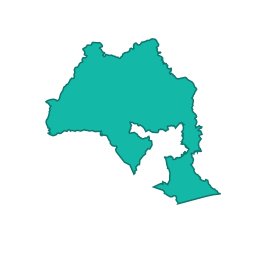 Bao Lam, Lâm Đồng, Vietnam (Mercator projection), rotated 341°
{"feature_id": "81297802B89982379831919", "entity_name": "Bao Lam", "entity_type": "district", "adm_level": 2, "iso_a3": "VNM", "parent_name": "Vietnam", "parent_adm1": "Lâm Đồng", "projection": "mercator", "projection_center": [107.768, 11.64], "detail": "fine", "context": "isolated", "style": "filled", "palette": "teal", "viewbox_px": 256, "rotation_deg": 341, "n_neighbors": 0, "source": "geoboundaries", "source_scale": "gbopen_adm2", "svg_char_len": 5929}
<svg xmlns="http://www.w3.org/2000/svg" viewBox="0 0 256 256"><g transform="rotate(341 128 128)"><path d="M128.9,38.0L127.3,37.7L122.6,35.6L121.5,36.1L120.3,37.7L116.5,36.4L114.6,37.9L111.3,38.4L110.9,39.1L111.6,40.3L111.9,42.3L110.6,44.5L112.6,46.3L111.5,47.6L110.3,47.8L108.7,47.0L107.9,47.2L106.7,48.7L106.9,50.4L106.6,50.9L105.1,50.7L103.2,51.3L100.4,54.1L98.5,53.7L97.3,54.1L96.1,55.6L96.0,58.0L94.1,60.3L94.2,61.4L93.6,62.9L92.2,63.3L90.9,62.6L90.4,63.1L89.5,63.1L87.8,65.0L85.1,67.1L83.9,66.9L82.8,67.9L80.6,68.6L78.6,71.4L75.4,73.9L72.3,78.5L71.0,79.1L69.6,79.2L69.2,78.2L67.3,76.7L64.5,76.0L61.0,75.9L59.0,76.4L59.2,77.3L60.7,78.6L61.6,81.9L62.2,82.2L60.1,84.1L60.1,85.9L58.9,86.8L58.5,88.3L57.3,90.1L54.8,93.4L54.1,93.4L53.2,94.4L52.5,95.8L52.2,98.4L52.6,99.7L52.4,101.9L53.8,102.7L53.4,103.4L53.7,104.1L52.2,104.3L52.8,106.1L52.1,107.0L52.8,107.6L52.3,107.8L50.4,106.4L51.8,108.5L54.7,110.9L57.6,111.0L60.2,109.9L61.7,111.0L62.8,111.2L66.8,109.8L69.4,111.3L70.5,110.5L71.6,110.3L72.3,111.0L72.6,112.2L73.3,111.9L75.1,112.5L77.1,113.9L78.0,113.5L79.8,113.9L82.3,115.5L86.5,115.4L86.8,116.2L88.9,117.1L90.3,118.2L93.4,118.8L95.5,120.6L101.8,122.4L101.5,122.9L100.7,123.0L100.2,124.1L100.5,124.7L99.9,124.9L99.8,125.7L100.3,126.0L100.9,125.8L100.4,126.5L100.7,126.7L102.8,126.7L105.6,128.4L106.2,133.4L106.9,134.7L106.3,136.6L106.9,138.7L108.0,140.1L111.1,141.4L111.2,142.8L109.4,144.1L109.2,146.5L113.5,159.1L117.8,163.6L118.6,173.6L120.0,172.8L120.3,171.1L122.4,170.5L122.6,167.6L125.2,166.1L126.9,166.3L128.7,162.2L133.3,159.2L136.0,158.3L136.9,156.1L140.1,154.0L141.3,154.8L142.1,154.8L145.2,151.9L146.1,147.9L143.8,146.4L145.0,144.3L145.0,142.7L144.1,142.8L142.9,143.5L141.0,143.1L138.5,143.2L137.8,142.7L137.6,142.1L136.7,141.6L135.5,139.5L134.9,139.1L134.7,137.1L132.4,134.2L127.7,133.5L127.8,132.1L128.5,131.7L128.6,131.0L129.3,130.7L129.5,129.9L130.4,129.6L130.4,128.7L132.2,126.5L131.7,125.0L131.8,123.2L134.4,124.5L135.3,125.9L138.2,127.0L138.5,127.7L138.2,128.6L138.6,129.3L140.9,129.5L142.5,131.8L143.3,133.8L143.7,137.2L146.8,136.5L148.0,137.3L148.0,138.1L149.8,140.0L154.0,141.8L155.4,141.6L156.5,139.7L158.1,140.0L158.6,139.7L159.4,140.4L160.6,140.7L162.6,143.3L164.0,142.7L165.6,142.6L165.8,139.3L166.4,139.3L168.6,139.9L169.8,139.6L170.5,140.6L172.0,140.6L172.1,141.4L172.9,142.5L172.9,143.5L177.9,140.5L178.5,140.8L179.2,140.1L180.3,140.3L181.2,141.3L180.5,141.7L180.5,142.2L181.9,143.0L180.8,143.5L180.6,145.6L179.6,147.8L177.5,149.1L178.4,150.7L177.5,151.4L178.2,151.9L176.6,152.9L177.5,153.5L176.9,154.1L177.1,155.3L176.7,156.1L175.1,157.3L175.0,158.8L174.1,158.6L174.4,159.2L174.0,159.8L174.7,160.4L173.5,160.1L173.1,160.4L174.0,161.1L175.4,161.3L176.4,162.2L176.3,163.5L177.4,164.1L177.1,164.6L176.3,164.3L176.3,164.8L177.4,165.3L177.3,166.3L178.4,166.6L178.7,167.8L175.2,170.9L174.3,170.7L174.5,169.3L174.0,168.9L172.4,169.9L173.0,171.2L172.2,171.2L170.6,172.1L170.5,170.8L170.0,170.6L169.7,170.9L169.7,172.1L168.8,172.8L167.6,173.0L166.8,172.6L166.4,173.0L164.9,171.9L163.6,172.0L163.0,173.0L162.7,172.6L161.4,172.8L160.3,172.4L160.7,170.8L159.4,168.6L158.9,168.5L158.6,169.0L157.9,168.3L157.2,168.3L155.6,168.7L153.4,167.4L153.1,167.5L153.7,170.2L152.8,175.5L152.8,178.1L152.3,179.1L153.3,180.0L152.9,185.0L152.0,186.4L150.3,191.2L148.6,192.6L148.4,193.2L147.4,193.5L147.1,194.4L145.9,193.3L145.3,191.8L144.1,191.2L143.5,190.1L142.9,190.9L142.6,192.4L141.9,191.6L140.4,191.3L132.9,192.1L141.0,198.4L141.7,200.3L141.1,201.8L142.1,202.3L143.3,204.3L145.7,206.9L147.9,207.4L148.8,206.7L151.1,207.8L151.1,210.6L150.0,211.5L151.1,215.5L150.6,215.9L178.8,217.9L186.3,218.7L194.2,220.4L192.0,218.8L191.8,216.9L190.2,214.9L190.2,214.1L188.7,213.2L187.3,211.1L187.0,209.2L186.0,207.3L186.3,203.5L184.8,202.1L184.0,203.0L182.8,203.1L181.0,201.7L179.8,200.2L179.6,199.3L180.3,198.9L179.9,197.5L179.3,196.9L179.2,195.8L178.4,194.6L177.4,194.1L176.2,190.4L177.1,188.6L175.6,182.9L177.4,182.6L179.6,179.1L179.6,177.4L179.0,176.7L179.6,173.9L179.4,172.8L180.1,172.6L181.9,173.9L182.6,172.4L183.1,172.6L183.7,171.8L184.5,172.4L185.0,171.8L186.1,172.4L185.9,173.5L187.2,172.1L188.1,173.4L188.5,173.5L189.0,172.9L189.2,173.8L189.7,173.8L189.5,170.8L188.8,170.0L189.3,166.4L190.4,164.4L193.6,162.1L192.4,158.5L194.0,158.0L195.9,158.2L195.8,154.7L195.2,154.0L193.6,153.6L193.4,153.1L195.3,152.0L197.5,151.9L198.1,151.0L196.7,150.2L196.1,149.0L194.4,149.6L193.1,149.4L192.5,150.0L192.1,149.7L192.6,147.4L193.9,146.3L195.1,144.6L195.1,142.7L194.2,141.0L194.6,140.4L195.9,140.2L196.6,139.5L196.4,137.2L194.9,134.6L194.5,133.2L194.6,132.1L195.2,131.6L194.8,129.6L196.8,127.8L196.8,126.6L198.5,124.0L198.8,122.2L198.2,120.3L199.3,119.7L200.9,117.8L201.9,117.2L202.8,115.9L205.6,113.7L205.2,112.1L204.4,111.0L204.3,107.7L203.6,105.4L200.0,101.5L199.6,99.7L198.4,98.7L191.4,97.9L190.2,97.2L189.3,95.6L188.9,93.8L188.0,93.1L188.0,92.1L187.2,91.3L187.0,90.5L186.5,90.3L185.6,90.8L185.2,90.5L185.3,89.0L187.4,88.0L187.3,86.8L188.1,86.7L188.2,85.6L187.5,85.4L187.2,85.7L185.8,85.3L184.7,83.5L185.9,81.8L185.0,80.3L185.1,79.6L183.7,78.9L182.6,78.9L183.2,78.1L182.4,77.6L182.9,77.2L182.7,76.5L183.0,74.8L182.0,74.4L182.8,73.4L183.6,73.1L182.9,71.5L180.0,68.8L180.7,67.2L183.0,67.6L183.4,67.3L183.1,66.7L181.4,66.5L180.7,65.4L180.7,64.1L181.5,62.9L181.0,61.2L183.4,60.3L184.2,59.1L183.4,55.9L183.5,54.9L182.6,53.0L180.1,51.7L178.7,51.5L177.0,52.1L174.2,51.4L172.9,52.0L171.5,51.6L170.6,51.9L169.0,51.3L166.8,53.0L165.0,53.1L164.2,52.4L163.6,50.6L162.8,50.2L161.4,50.5L160.4,51.3L159.6,53.1L159.5,54.7L159.1,55.0L158.1,54.8L157.1,53.7L155.9,53.6L154.6,55.6L152.1,56.2L149.6,55.8L147.9,56.2L147.1,56.6L146.1,58.1L144.5,58.6L143.2,59.6L142.4,59.3L141.5,57.8L139.5,57.0L139.2,56.1L137.3,55.0L136.3,53.8L134.1,53.4L130.8,51.1L129.6,52.7L128.5,52.7L128.0,50.7L130.0,49.8L130.2,49.1L128.4,47.5L128.3,45.2L127.1,43.3L127.8,42.8L130.1,42.7L130.6,41.7L129.8,39.4L128.9,38.0Z" fill="#14b8a6" stroke="#0f766e" stroke-width="1.5"/></g></svg>